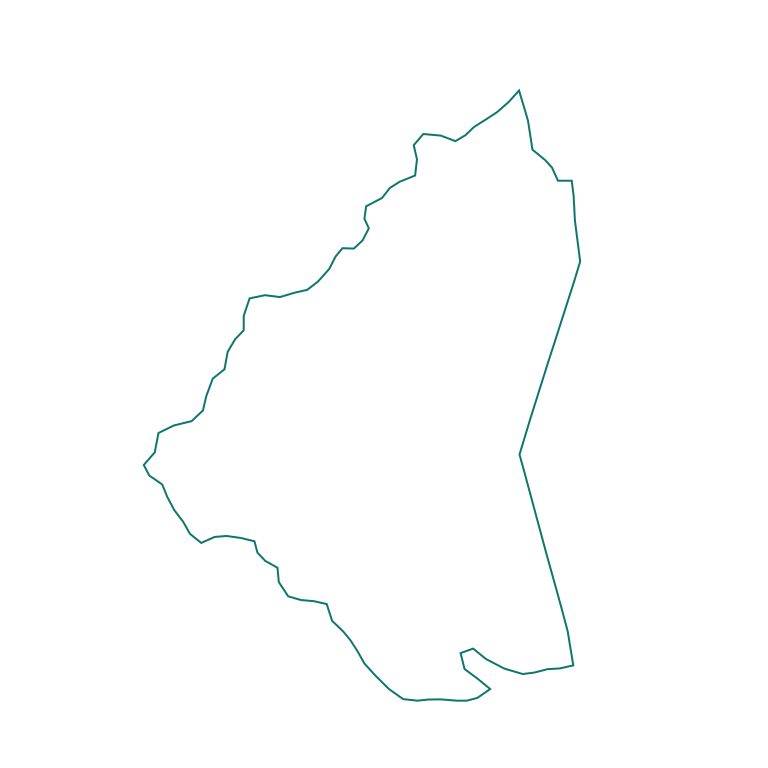 outline of Rodeio, Santa Catarina, Brazil, rotated 8°
{"feature_id": "56859067B58169582692874", "entity_name": "Rodeio", "entity_type": "district", "adm_level": 2, "iso_a3": "BRA", "parent_name": "Brazil", "parent_adm1": "Santa Catarina", "projection": "robinson", "projection_center": [-49.356, -26.886], "detail": "fine", "context": "isolated", "style": "outline", "palette": "teal", "viewbox_px": 768, "rotation_deg": 8, "n_neighbors": 0, "source": "geoboundaries", "source_scale": "gbopen_adm2", "svg_char_len": 1468}
<svg xmlns="http://www.w3.org/2000/svg" viewBox="0 0 768 768"><g transform="rotate(8 384 384)"><path d="M531.6,671.3L518.0,663.0L503.4,655.0L497.3,639.8L509.1,633.6L523.3,642.2L542.9,649.1L561.8,651.9L573.1,648.8L585.7,643.6L597.7,641.2L610.6,636.3L600.3,603.3L591.4,582.2L583.7,564.4L569.1,531.0L535.3,451.8L528.0,435.0L533.6,398.9L544.2,335.6L546.6,322.1L558.2,254.8L561.2,235.4L550.3,195.5L545.6,171.3L541.6,156.6L528.0,158.5L520.3,146.4L512.4,139.8L498.4,131.3L494.7,118.9L489.9,103.1L484.2,90.5L476.9,74.6L468.2,87.4L458.2,99.0L447.9,108.0L437.3,117.0L430.0,126.3L420.9,133.6L405.7,130.1L388.1,131.0L380.2,143.4L385.4,156.9L385.8,173.2L371.4,181.5L362.5,189.1L356.2,200.0L341.6,210.5L341.6,223.0L347.3,232.0L342.8,244.8L335.3,254.1L324.0,255.3L318.3,264.5L313.7,277.8L304.3,291.8L294.8,301.5L283.4,305.8L268.8,312.4L253.8,312.6L239.0,317.9L235.6,336.1L237.6,350.3L230.3,360.5L224.7,374.0L224.0,391.6L213.7,402.5L209.7,420.7L208.4,435.4L198.7,447.5L181.5,454.4L167.5,463.9L166.5,483.6L157.4,497.6L164.3,507.3L178.4,514.4L185.1,526.0L193.9,538.1L204.4,548.5L212.7,559.4L225.1,566.8L237.6,559.0L249.2,556.4L263.6,556.4L277.6,557.8L282.2,568.7L291.2,575.8L304.1,580.8L307.4,594.8L318.7,607.6L331.9,609.5L344.9,608.8L357.9,609.9L365.6,625.8L378.1,634.8L386.4,642.4L394.8,652.1L403.5,663.5L416.0,673.9L431.2,685.3L446.8,693.4L461.4,692.9L471.8,690.3L484.1,688.4L500.0,687.5L510.3,686.0L520.2,681.8L531.6,671.3Z" fill="none" stroke="#0f766e" stroke-width="2"/></g></svg>